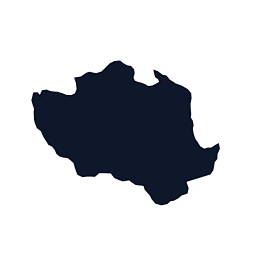 Sarutaiá, São Paulo, Brazil (orthographic projection), rotated 138°
{"feature_id": "56859067B35433885833461", "entity_name": "Sarutaiá", "entity_type": "district", "adm_level": 2, "iso_a3": "BRA", "parent_name": "Brazil", "parent_adm1": "São Paulo", "projection": "orthographic", "projection_center": [-49.482, -23.259], "detail": "fine", "context": "isolated", "style": "filled", "palette": "ink", "viewbox_px": 256, "rotation_deg": 138, "n_neighbors": 0, "source": "geoboundaries", "source_scale": "gbopen_adm2", "svg_char_len": 1614}
<svg xmlns="http://www.w3.org/2000/svg" viewBox="0 0 256 256"><g transform="rotate(138 128 128)"><path d="M174.7,216.9L177.6,214.8L180.7,212.7L182.6,208.8L184.3,204.6L186.8,202.6L189.1,199.7L191.6,196.8L193.4,193.3L195.0,189.0L194.1,183.7L195.8,178.9L196.5,175.5L197.0,172.2L197.7,168.9L196.2,165.2L196.3,160.9L197.7,156.7L197.3,153.2L195.4,149.9L192.2,146.4L191.6,142.3L191.1,138.3L193.5,133.6L194.8,130.5L196.1,127.0L194.0,122.3L190.5,119.9L187.6,117.3L185.0,114.6L179.2,114.4L173.7,109.3L170.4,106.0L170.9,100.2L168.9,95.7L167.0,92.3L161.5,88.8L161.0,85.6L159.8,81.0L154.3,74.7L156.1,71.0L156.2,66.9L156.2,63.1L157.3,59.2L157.5,53.7L154.4,48.7L149.3,45.9L145.0,45.9L142.4,44.0L137.1,42.8L133.4,42.8L127.7,40.3L123.8,43.2L121.0,49.9L97.7,39.1L93.2,40.2L89.3,43.2L86.6,45.4L82.7,45.9L79.3,49.4L74.1,51.7L71.8,55.6L75.7,56.5L79.6,57.0L82.5,59.6L85.8,61.0L87.3,65.8L86.4,71.2L86.0,74.9L83.6,80.5L80.6,84.9L78.0,86.6L75.7,90.3L75.0,94.2L72.3,96.5L68.7,101.3L65.4,105.1L61.5,108.0L58.5,111.9L58.3,116.6L60.4,123.2L63.4,128.8L65.3,135.8L65.1,141.2L67.3,143.9L68.6,150.1L70.1,153.0L73.0,147.8L72.3,143.9L73.4,140.5L78.8,141.7L82.2,142.8L85.5,145.2L86.9,149.3L88.4,152.3L90.5,155.4L92.1,158.5L90.9,162.2L87.0,164.7L85.0,167.7L85.0,171.8L87.4,174.8L88.7,178.7L89.5,183.1L93.7,186.2L98.3,187.5L105.9,187.1L110.1,187.0L115.1,189.2L117.2,191.6L119.3,194.8L122.1,196.2L128.7,197.0L134.0,200.4L135.9,196.0L139.7,190.6L144.2,188.4L148.4,189.7L152.1,193.1L154.1,197.2L156.8,201.7L159.3,204.2L161.5,206.8L163.5,210.6L166.8,212.8L172.1,210.4L172.1,214.8L174.7,216.9Z" fill="#0f172a" stroke="#020617" stroke-width="1.5"/></g></svg>